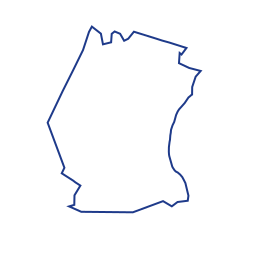 outline of Jefferson, Missouri, United States of America, rotated 17°
{"feature_id": "52423323B41402843963170", "entity_name": "Jefferson", "entity_type": "district", "adm_level": 2, "iso_a3": "USA", "parent_name": "United States of America", "parent_adm1": "Missouri", "projection": "mercator", "projection_center": [-90.467, 38.253], "detail": "fine", "context": "isolated", "style": "outline", "palette": "blue", "viewbox_px": 256, "rotation_deg": 17, "n_neighbors": 0, "source": "geoboundaries", "source_scale": "gbopen_adm2", "svg_char_len": 996}
<svg xmlns="http://www.w3.org/2000/svg" viewBox="0 0 256 256"><g transform="rotate(17 128 128)"><path d="M91.1,194.4L93.4,195.3L99.3,197.0L96.5,208.0L99.1,217.2L94.6,220.2L107.8,221.8L157.3,207.2L182.9,187.7L192.8,190.1L197.0,184.3L206.4,180.1L205.6,175.1L199.0,163.9L196.6,161.4L194.3,159.1L191.5,157.3L188.5,156.0L186.6,155.7L185.0,154.9L182.3,152.7L181.5,151.8L175.7,142.8L175.2,141.8L175.0,141.4L174.0,138.8L172.7,134.3L171.8,129.1L171.6,127.0L170.6,122.6L170.3,120.1L169.7,117.2L169.8,112.4L170.4,108.7L170.2,101.5L170.7,97.7L171.4,95.2L174.9,87.6L176.9,81.1L178.0,79.5L178.7,78.3L178.8,78.1L179.5,77.3L177.4,70.0L177.7,59.1L180.8,52.2L168.9,52.7L157.8,51.1L155.5,41.2L157.7,42.1L160.5,34.4L142.5,34.2L135.0,34.4L128.8,34.3L128.0,34.3L105.5,34.2L102.1,42.6L98.8,45.7L92.9,40.2L87.0,39.6L84.9,42.7L86.8,51.0L79.6,55.3L74.5,45.7L63.8,41.6L62.6,47.5L62.2,66.6L58.7,88.4L56.9,99.0L54.7,112.0L49.6,146.4L78.8,184.6L77.9,190.7L91.1,194.4Z" fill="none" stroke="#1e3a8a" stroke-width="2"/></g></svg>